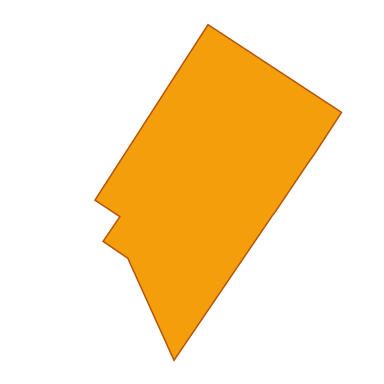 the district of De Witt, Illinois, United States of America, rotated 124°
{"feature_id": "52423323B29200819911561", "entity_name": "De Witt", "entity_type": "district", "adm_level": 2, "iso_a3": "USA", "parent_name": "United States of America", "parent_adm1": "Illinois", "projection": "equal_earth", "projection_center": [-88.9, 40.166], "detail": "fine", "context": "isolated", "style": "filled", "palette": "amber", "viewbox_px": 384, "rotation_deg": 124, "n_neighbors": 0, "source": "geoboundaries", "source_scale": "gbopen_adm2", "svg_char_len": 311}
<svg xmlns="http://www.w3.org/2000/svg" viewBox="0 0 384 384"><g transform="rotate(124 192 192)"><path d="M44.3,272.3L253.0,267.9L252.8,238.0L282.7,238.1L282.8,208.2L341.6,112.8L166.4,112.2L161.9,111.9L101.8,112.0L92.8,111.7L42.4,112.5L44.3,272.3Z" fill="#f59e0b" stroke="#b45309" stroke-width="1.5"/></g></svg>